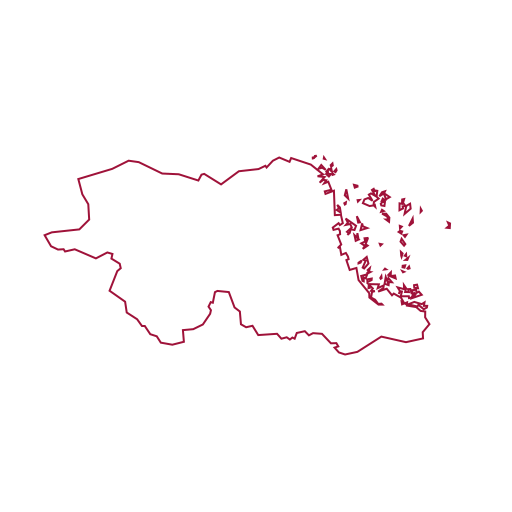 Cam Pha, Quảng Ninh, Vietnam (Natural Earth projection), rotated 252°
{"feature_id": "81297802B71504358310710", "entity_name": "Cam Pha", "entity_type": "district", "adm_level": 2, "iso_a3": "VNM", "parent_name": "Vietnam", "parent_adm1": "Quảng Ninh", "projection": "natural_earth1", "projection_center": [107.265, 21.066], "detail": "fine", "context": "isolated", "style": "outline", "palette": "rose", "viewbox_px": 512, "rotation_deg": 252, "n_neighbors": 0, "source": "geoboundaries", "source_scale": "gbopen_adm2", "svg_char_len": 6219}
<svg xmlns="http://www.w3.org/2000/svg" viewBox="0 0 512 512"><g transform="rotate(252 256 256)"><path d="M196.7,160.9L208.1,163.6L205.8,173.7L207.3,184.3L215.2,194.5L218.4,196.4L222.5,195.2L226.1,198.7L224.9,200.5L234.3,205.8L234.7,208.5L230.1,219.0L213.7,219.7L208.2,223.5L195.7,220.6L191.3,224.6L190.7,231.1L180.1,233.7L175.5,252.0L169.5,254.6L169.2,260.1L166.1,262.4L167.2,265.4L165.4,267.2L170.2,271.0L169.4,279.2L164.2,281.8L165.0,286.4L161.6,294.7L149.8,300.3L148.3,305.5L144.6,306.3L144.6,302.4L138.7,305.0L134.8,310.3L133.5,322.8L140.6,350.3L127.7,372.0L126.0,389.4L132.0,391.0L137.6,399.9L145.4,397.9L150.9,399.8L152.9,395.6L157.9,392.6L162.2,384.2L165.2,385.4L164.9,380.0L167.5,380.4L165.3,382.4L171.6,381.0L177.7,375.4L176.6,373.2L184.5,370.2L184.4,361.2L186.2,367.2L188.6,368.5L187.8,361.8L191.1,364.1L194.5,354.3L189.0,357.1L187.3,354.7L185.8,358.2L186.0,355.3L181.0,352.6L177.6,355.8L172.7,357.4L171.9,360.6L170.7,361.2L171.9,357.5L181.5,351.0L185.6,352.2L201.4,346.1L213.6,347.8L213.8,340.8L224.2,340.7L224.4,343.1L227.1,343.3L231.1,342.4L230.7,337.5L238.6,338.6L238.3,336.2L240.6,340.6L250.5,340.0L250.7,342.7L253.8,343.5L256.5,343.0L256.9,337.8L259.3,337.8L261.7,344.7L259.5,345.3L260.4,348.7L269.0,349.5L270.5,343.6L294.0,350.3L293.6,341.3L296.2,341.4L295.7,348.2L304.3,347.7L304.0,343.3L306.3,346.2L307.6,343.6L306.1,339.2L309.9,345.6L312.8,339.2L312.9,345.0L326.0,336.4L338.3,319.7L335.2,317.0L342.5,308.5L341.4,301.5L336.9,293.4L338.9,292.8L337.9,285.3L341.9,265.9L334.9,244.9L350.1,232.1L350.2,229.3L345.6,224.5L357.6,207.8L363.4,192.3L381.5,173.5L386.0,164.3L383.3,146.2L384.1,110.8L368.3,109.9L357.1,112.5L342.2,108.6L335.9,96.2L341.6,69.1L341.1,61.4L328.6,64.1L323.3,69.7L321.9,75.1L319.3,75.8L318.4,85.7L303.2,103.0L305.3,115.7L302.3,120.1L298.2,117.7L290.8,124.0L286.2,123.6L284.5,119.4L268.2,106.0L253.0,117.4L242.2,115.6L232.6,123.4L224.7,125.9L223.8,128.6L214.3,131.3L210.3,136.8L203.0,138.7L197.5,149.0L196.7,160.9ZM178.2,382.0L175.8,380.1L178.0,382.2L177.1,383.8L173.0,381.2L170.5,388.9L168.7,388.5L168.4,391.0L172.1,395.0L170.2,395.8L167.7,391.9L167.9,401.6L171.8,399.9L171.3,397.2L174.4,397.9L175.2,394.0L171.5,392.4L176.9,392.6L177.5,390.3L174.4,390.3L175.7,386.7L178.8,388.8L182.6,387.7L178.7,386.6L182.4,381.0L178.2,382.0ZM276.3,376.6L273.2,374.0L268.4,379.5L267.8,383.3L271.0,384.9L272.7,390.4L275.2,389.0L280.5,391.5L281.6,389.4L280.1,389.0L283.5,388.7L283.0,386.7L276.3,388.0L280.0,384.7L279.5,382.3L272.5,383.9L276.5,380.6L276.3,376.6ZM163.4,392.4L163.0,385.8L158.1,393.9L159.4,395.4L153.5,399.1L154.2,402.6L155.7,403.4L156.7,400.3L159.8,401.9L159.0,398.8L163.4,392.4ZM249.1,351.4L247.8,349.5L248.9,352.2L252.1,354.3L250.3,357.7L253.8,360.5L263.9,352.9L259.3,353.7L257.8,351.1L257.3,355.5L253.6,355.9L250.9,350.0L249.1,351.4ZM261.7,408.8L255.2,406.6L255.8,410.5L257.9,410.8L257.3,413.6L261.2,412.3L264.4,414.5L264.6,412.5L260.5,411.0L261.7,408.8ZM195.9,372.9L189.9,369.7L187.3,373.1L190.2,374.3L189.0,377.2L194.1,375.1L191.3,373.1L195.9,372.9ZM257.2,414.4L250.1,410.3L253.2,417.7L258.1,418.7L257.2,414.4ZM217.7,358.9L212.0,353.9L210.7,355.0L214.1,360.6L220.9,361.0L219.2,356.9L217.7,358.9ZM231.9,362.7L229.8,359.8L231.4,365.4L233.3,363.8L236.3,366.3L235.5,360.0L231.9,362.7ZM256.0,392.9L257.3,389.0L253.0,393.0L249.8,393.0L250.5,390.9L247.4,393.1L251.3,394.7L256.0,392.9ZM291.5,362.5L286.3,359.2L282.1,361.4L291.5,362.5ZM270.7,401.4L274.8,398.2L274.8,396.9L269.8,397.2L270.7,401.4ZM204.5,349.9L199.4,349.6L198.6,350.6L202.3,351.8L200.9,353.4L204.2,356.1L204.5,349.9ZM245.4,356.1L239.6,355.5L240.0,358.9L245.4,356.1ZM275.7,349.6L274.8,347.0L271.1,350.0L276.3,350.8L279.5,349.1L275.7,349.6ZM254.2,367.0L248.3,363.4L248.2,370.4L251.2,366.8L254.2,367.0ZM262.7,364.2L256.2,363.5L255.9,365.3L262.7,364.2ZM316.4,348.9L322.4,346.2L319.7,342.4L319.5,346.2L316.4,348.9ZM225.1,449.2L223.9,446.2L222.7,448.9L227.0,450.6L228.6,448.9L225.1,449.2ZM243.3,416.6L237.4,410.8L239.2,415.6L243.3,416.6ZM268.3,393.0L267.1,390.8L265.4,390.8L263.9,393.6L267.5,395.3L268.3,393.0ZM310.8,352.6L312.5,348.7L312.3,348.0L309.1,349.9L310.8,352.6ZM227.4,399.8L225.0,397.9L220.1,400.0L221.2,401.7L227.4,399.8ZM196.7,353.9L197.4,358.5L198.8,359.1L199.4,354.6L196.7,353.9ZM194.5,382.2L195.4,377.3L191.5,381.9L194.5,382.2ZM277.7,398.7L277.7,395.6L274.7,391.8L276.0,397.2L277.7,398.7ZM179.4,397.3L176.9,396.7L175.3,400.1L179.0,400.3L179.4,397.3ZM312.6,354.3L315.9,354.6L316.0,352.5L312.6,354.3ZM234.2,402.6L235.4,400.8L234.8,399.1L232.4,401.1L234.2,402.6ZM293.4,371.2L290.5,371.1L290.6,374.0L291.5,374.2L293.4,371.2ZM201.0,395.0L201.4,392.5L200.0,391.9L199.0,393.6L201.0,395.0ZM215.1,395.1L211.4,394.2L210.3,394.2L213.1,396.2L215.1,395.1ZM259.3,391.4L261.0,390.1L259.4,388.7L259.3,391.4ZM246.4,359.5L243.5,358.2L242.0,358.9L246.4,359.5ZM196.3,378.3L198.8,379.2L197.4,376.6L196.3,378.3ZM238.5,368.5L239.3,364.7L237.6,364.5L238.5,368.5ZM320.4,357.3L319.3,355.1L317.7,355.1L318.4,357.0L320.4,357.3ZM240.2,402.1L237.7,401.5L238.9,403.7L240.2,402.1ZM269.4,395.7L271.4,394.3L269.7,392.8L269.4,395.7ZM313.9,359.2L312.3,356.6L311.2,357.5L312.5,359.1L313.9,359.2ZM207.3,400.2L206.1,397.0L205.5,398.7L207.3,400.2ZM229.8,405.7L230.2,402.8L228.2,403.6L229.8,405.7ZM315.7,351.0L314.5,348.9L313.1,349.4L313.4,350.3L315.7,351.0ZM265.9,384.6L267.9,384.8L267.7,383.6L265.9,384.6ZM219.0,355.0L217.9,351.4L217.3,351.2L217.4,353.4L219.0,355.0ZM247.8,427.7L249.9,427.3L247.0,426.2L247.8,427.7ZM209.3,398.8L211.4,399.3L210.3,397.6L209.3,398.8ZM198.7,398.3L197.4,396.2L196.8,396.6L196.8,398.2L198.7,398.3ZM279.3,358.1L278.9,356.3L277.5,356.4L277.7,357.3L279.3,358.1ZM198.1,369.0L196.7,367.4L195.8,367.6L196.1,368.6L198.1,369.0ZM209.3,360.5L208.1,357.9L206.4,358.8L209.3,360.5ZM203.2,375.5L204.1,374.8L203.5,373.9L203.2,375.5ZM229.3,377.5L227.5,377.6L228.3,379.3L229.3,377.5ZM190.6,354.1L192.4,353.8L190.7,353.1L190.6,354.1ZM195.2,391.9L196.4,390.5L195.1,390.8L195.2,391.9ZM326.9,351.6L328.7,351.1L327.6,350.5L326.9,351.6ZM309.5,355.2L310.9,354.4L309.5,354.0L309.5,355.2ZM205.4,359.8L206.3,358.0L205.6,356.8L205.0,357.4L205.4,359.8ZM277.3,371.7L277.7,369.9L276.3,369.8L277.3,371.7ZM331.3,341.0L332.9,340.6L331.3,340.2L331.3,341.0ZM332.7,344.7L332.9,342.9L331.8,342.4L332.7,344.7Z" fill="none" stroke="#9f1239" stroke-width="2"/></g></svg>